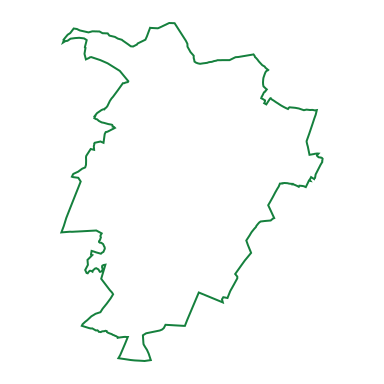 Ayapango, México, Mexico (Albers equal-area conic projection)
{"feature_id": "50627088B15580973923265", "entity_name": "Ayapango", "entity_type": "district", "adm_level": 2, "iso_a3": "MEX", "parent_name": "Mexico", "parent_adm1": "México", "projection": "albers", "projection_center": [-98.817, 19.12], "detail": "fine", "context": "isolated", "style": "outline", "palette": "green", "viewbox_px": 384, "rotation_deg": 0, "n_neighbors": 0, "source": "geoboundaries", "source_scale": "gbopen_adm2", "svg_char_len": 5817}
<svg xmlns="http://www.w3.org/2000/svg" viewBox="0 0 384 384"><path d="M174.6,23.2L169.2,23.0L160.4,27.2L158.4,28.1L157.8,28.3L150.5,27.9L150.1,27.8L148.3,32.6L146.9,36.4L145.4,39.7L137.6,43.5L137.0,44.5L136.8,44.6L133.1,46.5L130.8,46.3L128.1,44.3L122.5,40.4L121.9,39.8L117.8,38.6L114.9,36.9L109.4,35.6L107.7,33.4L102.5,33.2L99.5,31.5L92.4,31.3L88.5,32.4L79.7,30.4L76.9,29.0L73.7,28.5L71.3,31.7L70.2,33.1L67.7,34.7L65.6,37.2L63.5,39.8L63.7,40.5L63.8,40.5L63.0,42.6L65.4,41.1L67.5,40.8L70.5,38.7L74.9,38.1L79.2,37.8L84.1,38.4L86.3,39.8L86.7,40.1L84.9,47.1L84.9,47.5L85.5,47.9L84.7,52.5L84.5,53.9L85.9,59.4L89.0,58.0L89.7,57.4L91.3,57.1L100.3,60.1L103.5,61.5L107.6,63.3L119.8,70.9L128.3,81.2L127.8,82.1L125.8,82.5L124.1,83.2L122.9,83.2L117.9,90.2L113.0,96.8L111.5,98.5L109.9,100.9L107.4,106.1L106.2,107.6L105.0,108.4L104.4,109.4L103.5,109.2L101.8,109.9L101.1,110.3L100.3,110.9L97.8,112.6L97.2,113.0L96.4,113.9L94.7,116.1L95.2,116.2L95.1,116.4L94.3,118.1L96.0,119.1L97.2,119.4L98.8,120.9L101.7,122.4L103.8,122.8L108.4,124.1L111.3,124.6L112.2,124.9L112.4,125.3L112.7,125.9L112.6,126.6L114.0,127.0L114.9,127.9L107.5,131.7L105.7,132.1L104.7,134.1L103.8,140.7L103.5,142.8L102.5,142.4L100.5,141.5L94.7,142.8L94.2,143.6L94.3,144.5L93.8,146.1L94.1,149.8L90.7,149.0L86.3,155.8L86.0,157.1L86.1,160.5L86.1,160.8L86.0,164.8L85.2,167.4L83.2,168.3L82.8,168.4L82.6,168.5L82.4,168.6L81.9,168.9L81.1,169.5L78.9,171.1L78.5,171.5L74.0,173.6L73.6,173.8L73.2,174.1L72.9,174.5L72.6,175.3L71.9,176.7L73.0,177.1L78.3,177.8L80.7,181.5L78.3,187.6L75.9,193.6L71.3,205.2L66.3,217.9L63.8,226.0L61.4,232.4L70.0,231.7L71.9,231.8L81.7,231.3L96.3,230.5L101.7,233.4L100.5,235.5L100.5,236.5L100.9,237.3L100.0,239.9L99.0,241.3L99.1,242.1L99.9,242.7L101.3,242.8L102.4,243.6L103.1,244.1L103.5,244.9L104.1,246.4L104.6,247.1L104.8,248.7L103.4,251.9L102.0,252.7L100.9,253.7L96.2,252.4L94.0,251.6L91.6,250.9L91.0,254.6L92.3,255.1L87.5,259.9L87.9,264.9L85.2,270.0L86.6,273.0L87.7,273.3L89.0,271.5L89.8,270.8L90.8,270.8L91.7,271.2L92.5,271.7L92.9,270.5L95.0,268.6L96.2,268.2L98.4,269.4L99.8,271.8L100.6,271.8L101.2,271.5L101.7,271.1L102.2,270.4L102.5,269.8L102.7,269.0L102.4,268.3L102.1,267.4L102.1,266.4L102.3,265.7L103.6,265.0L105.4,264.7L101.2,278.8L109.9,290.2L112.1,292.6L113.1,294.3L110.6,298.4L106.7,303.7L102.7,308.6L100.4,312.2L95.5,313.8L94.1,314.7L91.4,316.3L87.0,320.4L85.3,321.7L82.6,324.2L81.8,325.8L89.1,328.1L91.0,328.5L92.3,328.4L94.7,329.8L96.0,330.5L96.7,330.4L97.4,330.3L98.0,330.7L98.8,331.8L99.8,331.9L100.8,332.1L101.8,331.5L102.7,331.3L104.2,331.2L105.5,330.8L106.7,331.1L106.9,332.0L108.0,332.7L109.1,333.2L110.2,333.6L111.7,334.1L112.7,334.8L113.9,335.2L115.1,335.8L116.2,336.2L117.1,336.8L117.8,337.1L117.8,337.8L118.2,337.7L118.6,337.6L120.9,337.3L122.0,337.2L123.2,337.0L124.6,336.9L125.5,336.9L126.2,337.0L127.8,337.0L125.0,343.9L120.2,355.1L118.4,358.2L124.7,359.1L130.6,360.0L134.4,360.4L141.8,360.8L144.6,361.0L145.2,360.9L150.8,360.1L150.5,359.2L148.7,353.7L147.7,351.5L147.0,349.9L145.3,347.3L143.6,344.4L143.4,343.0L143.3,341.4L142.9,335.3L146.1,333.3L159.8,330.5L162.0,329.6L163.8,328.1L165.5,324.8L175.8,325.4L184.4,325.9L184.9,325.9L187.1,320.2L198.8,292.5L222.8,302.4L222.0,299.3L223.3,297.2L227.5,298.0L229.4,293.2L230.2,291.2L231.0,289.7L232.1,287.8L233.3,285.6L234.0,284.4L234.3,283.8L235.4,281.8L237.3,278.3L237.3,277.4L237.3,276.6L235.2,274.0L241.5,265.1L244.9,260.4L251.1,252.9L250.4,251.1L248.3,246.0L247.9,245.0L246.3,240.5L250.0,234.8L250.6,233.7L251.6,232.1L254.0,229.1L256.0,226.9L256.3,226.0L257.8,224.1L259.1,222.6L260.6,221.5L264.8,221.0L270.7,220.5L272.8,218.7L274.2,218.1L268.2,205.2L269.9,202.3L272.9,196.9L275.2,192.5L277.3,188.8L278.7,186.6L279.9,183.6L282.4,183.5L282.4,183.2L284.5,183.0L287.6,183.2L289.0,183.6L290.9,183.8L292.6,183.9L292.5,184.4L293.2,184.4L293.8,184.5L294.8,184.9L295.5,185.2L297.3,186.0L298.8,186.8L299.4,185.7L300.9,185.8L302.6,186.0L304.1,186.3L304.8,186.7L305.8,187.1L307.9,182.8L308.9,180.6L310.4,180.9L309.6,179.8L310.4,178.5L311.1,177.1L314.1,179.0L314.2,178.6L314.9,178.1L315.2,177.1L315.6,174.5L320.6,164.7L322.2,162.1L322.1,161.9L322.2,161.6L322.3,161.2L322.2,160.7L322.4,160.2L322.5,159.7L322.5,159.2L322.6,158.7L322.1,158.1L321.5,157.7L321.0,157.7L320.5,157.6L320.2,157.4L319.8,157.4L319.5,157.4L319.1,157.4L318.6,157.2L318.0,156.7L317.5,156.3L317.0,155.7L316.9,155.4L317.1,155.0L317.9,154.3L318.5,153.6L317.1,153.5L316.4,153.6L315.7,153.7L314.8,153.8L313.7,154.1L312.4,154.3L311.4,154.5L309.5,154.8L307.8,146.5L307.3,144.8L306.7,142.2L306.6,141.1L309.2,133.8L312.3,124.6L314.3,118.5L315.7,114.7L316.8,110.1L314.9,110.4L312.6,109.9L309.9,110.0L306.5,109.6L303.9,110.2L301.2,109.3L298.9,108.5L295.1,107.8L289.5,107.3L288.8,107.8L288.3,108.7L288.0,109.0L287.7,108.8L286.6,108.4L284.2,107.2L283.1,106.6L281.3,105.6L280.5,105.1L278.5,103.8L278.1,103.5L276.3,102.4L274.7,101.3L274.6,101.2L272.9,100.1L271.9,99.5L271.1,98.8L270.9,98.6L270.7,98.2L270.2,98.4L270.0,98.7L268.6,100.8L266.3,104.4L264.2,103.2L264.6,102.6L265.0,101.0L265.0,100.4L264.3,100.0L263.3,99.3L262.5,98.9L261.3,98.3L261.5,97.9L261.4,97.4L262.6,95.2L264.0,92.3L264.7,92.0L265.1,91.6L265.1,91.4L265.2,91.2L265.3,91.1L265.5,91.1L266.8,89.4L265.9,88.7L264.7,87.5L263.5,86.4L263.1,84.4L263.0,82.2L263.1,80.9L263.2,79.5L263.4,78.0L263.6,77.3L263.9,76.5L264.5,74.7L265.1,73.1L265.4,72.4L265.9,71.6L266.3,71.1L266.9,70.7L267.9,70.3L268.2,70.0L265.5,67.8L264.6,66.5L262.3,65.2L258.8,61.4L257.5,59.6L255.8,57.7L255.1,57.2L254.8,56.4L254.5,55.7L253.5,54.4L253.1,54.5L244.9,55.9L238.3,57.0L235.5,57.2L229.6,60.1L217.5,60.2L216.2,60.7L213.9,61.1L212.6,61.6L211.5,61.9L210.1,62.0L208.5,62.3L207.3,62.8L205.1,63.1L203.4,63.3L200.1,63.8L198.1,63.4L196.1,62.7L194.5,61.6L194.2,59.8L193.7,58.0L193.7,55.7L190.5,52.1L189.3,49.9L187.5,46.7L187.4,43.8L185.9,40.8L174.6,23.2Z" fill="none" stroke="#15803d" stroke-width="2"/></svg>